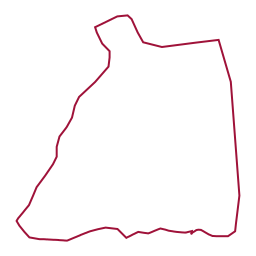 outline of Dar As Salam, North Darfur, Sudan
{"feature_id": "16777658B35355118744985", "entity_name": "Dar As Salam", "entity_type": "district", "adm_level": 2, "iso_a3": "SDN", "parent_name": "Sudan", "parent_adm1": "North Darfur", "projection": "natural_earth1", "projection_center": [25.233, 13.229], "detail": "fine", "context": "isolated", "style": "outline", "palette": "rose", "viewbox_px": 256, "rotation_deg": 0, "n_neighbors": 0, "source": "geoboundaries", "source_scale": "gbopen_adm2", "svg_char_len": 2250}
<svg xmlns="http://www.w3.org/2000/svg" viewBox="0 0 256 256"><path d="M95.1,27.2L96.8,32.5L102.2,43.6L109.6,51.2L109.6,57.5L108.5,66.6L95.1,82.0L79.1,96.9L74.8,105.7L72.0,117.6L66.8,126.9L65.8,128.3L59.5,136.5L56.7,146.8L56.7,156.7L53.0,164.2L45.2,175.6L36.6,187.2L33.1,195.6L29.9,203.0L29.0,205.1L24.8,210.2L23.3,212.1L23.0,212.5L20.3,215.7L20.1,216.0L18.2,218.2L17.3,219.7L17.2,219.8L16.8,220.5L16.6,220.8L16.6,221.0L19.4,225.7L21.5,228.3L24.4,231.9L24.5,232.0L29.4,237.4L39.0,239.1L39.5,239.1L39.8,239.2L40.0,239.2L40.3,239.2L40.6,239.2L41.3,239.2L41.8,239.2L43.1,239.2L43.8,239.2L45.4,239.3L46.2,239.4L46.8,239.4L47.0,239.4L47.4,239.4L48.5,239.5L50.3,239.6L53.8,239.8L54.9,239.8L58.7,240.0L58.9,240.1L62.5,240.3L62.9,240.3L63.7,240.4L64.7,240.5L65.0,240.5L66.2,240.6L67.1,240.6L68.2,240.2L73.0,238.2L74.9,237.4L75.7,237.1L77.6,236.3L78.5,235.9L79.1,235.7L79.6,235.5L79.8,235.4L80.0,235.3L80.1,235.2L80.5,235.1L80.7,234.9L81.0,234.8L81.8,234.5L82.8,234.1L84.6,233.4L84.8,233.3L85.3,233.1L86.0,232.9L87.7,232.2L88.1,232.0L88.5,231.9L89.0,231.7L90.4,231.2L91.6,230.9L94.2,230.2L98.0,229.2L101.8,228.4L105.6,227.6L117.5,229.0L126.3,237.8L126.6,237.6L126.9,237.5L127.7,237.1L128.5,236.7L128.8,236.6L131.4,235.3L132.1,234.9L132.6,234.6L134.6,233.7L135.0,233.5L135.1,233.4L135.8,233.1L136.1,232.9L136.4,232.8L136.8,232.6L137.1,232.4L137.5,232.3L138.2,231.9L143.8,232.8L147.0,233.2L148.2,233.4L150.1,232.7L152.5,231.7L154.1,231.0L158.0,229.4L160.4,228.5L164.7,229.5L165.2,229.6L168.7,230.7L172.7,231.3L173.7,231.5L176.6,231.9L182.1,232.4L185.3,232.6L185.7,232.5L186.0,232.5L186.1,232.4L186.5,232.4L188.0,232.0L190.6,231.4L191.8,231.1L191.1,234.3L191.8,233.4L192.4,232.6L194.1,231.6L195.5,230.7L195.8,230.5L196.3,230.1L197.3,229.9L198.3,229.7L201.0,229.9L201.2,230.1L201.3,230.1L201.7,230.3L202.0,230.5L203.3,231.2L204.6,232.0L207.2,233.5L208.9,234.5L209.3,234.6L212.5,236.0L212.9,236.0L213.4,236.0L216.4,236.2L217.4,236.2L220.3,236.2L220.9,236.2L224.1,236.2L225.9,236.2L226.3,236.2L227.1,236.2L227.6,236.2L227.9,236.2L228.0,236.2L235.1,231.3L235.4,228.9L235.9,224.1L239.4,195.6L230.8,81.8L218.6,39.9L197.8,42.4L196.1,42.6L161.9,47.0L143.2,42.3L137.7,32.5L131.6,19.1L127.6,15.4L117.3,16.4L95.1,27.2Z" fill="none" stroke="#9f1239" stroke-width="2"/></svg>